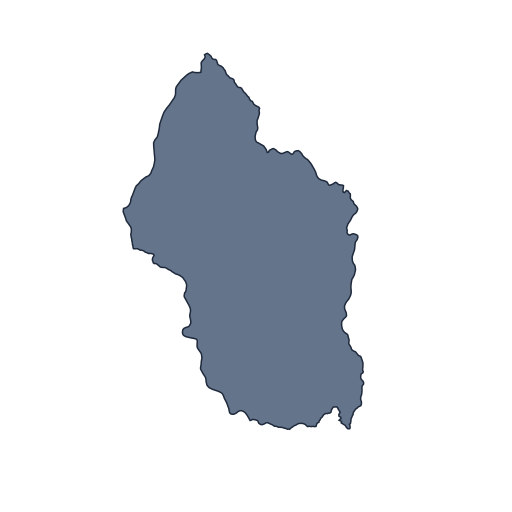 Tailândia, Pará, Brazil (Albers equal-area conic projection), rotated 146°
{"feature_id": "56859067B75953677181340", "entity_name": "Tailândia", "entity_type": "district", "adm_level": 2, "iso_a3": "BRA", "parent_name": "Brazil", "parent_adm1": "Pará", "projection": "albers", "projection_center": [-48.744, -2.903], "detail": "fine", "context": "isolated", "style": "filled", "palette": "slate", "viewbox_px": 512, "rotation_deg": 146, "n_neighbors": 0, "source": "geoboundaries", "source_scale": "gbopen_adm2", "svg_char_len": 6083}
<svg xmlns="http://www.w3.org/2000/svg" viewBox="0 0 512 512"><g transform="rotate(146 256 256)"><path d="M224.0,139.4L224.3,140.8L225.3,143.1L225.5,145.6L225.2,147.2L224.4,149.4L223.7,150.8L222.3,152.8L221.4,153.7L220.3,154.2L218.0,154.9L215.5,155.3L214.2,156.0L212.8,158.9L212.4,161.4L212.1,162.5L210.8,164.8L208.7,166.4L206.6,167.4L203.0,168.5L199.8,170.4L198.7,171.2L197.1,173.0L194.7,177.2L193.1,179.3L190.3,182.3L189.3,183.2L187.0,184.2L184.9,185.5L181.8,188.3L181.0,189.2L179.8,191.7L179.3,193.0L179.4,195.7L178.7,198.3L176.9,201.3L176.1,202.1L170.7,206.2L166.5,211.3L165.5,212.1L163.0,213.0L161.0,214.6L160.4,215.8L160.6,217.0L161.1,217.9L162.7,219.9L163.9,220.5L166.7,220.9L167.4,222.1L167.7,223.1L167.5,224.4L166.9,225.3L166.0,226.2L165.2,228.7L163.2,230.1L162.2,231.0L157.5,232.9L155.0,234.4L152.6,235.5L149.4,235.8L148.0,236.2L145.8,237.6L145.1,238.6L144.9,240.0L144.9,241.3L145.6,244.4L144.9,246.9L145.7,249.7L145.3,251.3L144.8,252.3L143.7,253.6L143.1,254.9L143.5,256.2L143.3,258.1L144.3,259.7L145.8,259.5L147.0,259.0L147.9,259.9L147.6,261.3L146.9,262.3L145.7,263.3L144.1,265.5L144.9,266.6L147.5,268.8L148.1,271.5L148.7,272.5L150.1,272.8L151.5,272.6L154.6,273.2L155.7,273.6L156.0,274.7L155.7,277.4L156.2,278.7L158.3,281.3L159.4,282.4L160.7,285.0L160.9,287.6L160.6,289.2L159.7,292.0L159.2,295.4L158.8,301.5L159.0,304.6L159.4,307.4L160.1,308.6L160.9,311.6L161.1,313.3L160.9,315.3L161.3,318.2L162.0,319.6L163.2,320.4L164.7,320.9L165.9,321.0L168.1,320.0L169.3,320.2L170.0,321.3L170.9,324.0L171.6,325.0L172.6,325.4L175.4,325.9L176.9,326.3L178.1,327.1L179.7,330.1L180.2,332.8L181.4,335.3L182.6,335.8L183.8,335.8L185.0,336.1L186.3,335.9L187.6,335.1L188.8,335.6L188.0,338.6L188.1,342.9L190.9,348.6L191.6,349.6L191.8,350.8L191.7,352.3L190.3,355.0L189.3,356.2L187.5,357.9L186.3,358.9L184.4,359.6L183.4,360.6L182.7,361.6L181.6,364.1L180.0,366.8L179.1,367.9L177.4,369.0L174.0,371.8L173.2,372.7L171.9,375.3L170.5,376.3L170.4,377.7L172.2,380.9L172.9,382.9L172.9,384.1L172.6,385.2L172.7,386.5L173.6,387.6L173.6,389.9L173.1,391.5L173.6,392.9L173.8,396.3L174.4,399.1L174.2,403.1L174.7,404.3L175.8,405.2L176.7,406.5L176.6,410.7L176.8,412.1L176.2,413.3L175.8,414.7L176.3,416.1L178.0,418.3L178.4,421.3L178.8,422.5L178.8,423.7L177.9,427.1L178.1,429.1L178.0,430.3L178.6,432.7L180.0,434.8L180.5,436.1L179.3,440.4L179.6,441.6L180.6,442.2L181.5,443.2L181.9,444.5L181.6,446.8L182.2,449.2L183.0,451.2L184.7,451.6L186.2,451.6L186.5,450.0L187.3,449.1L188.5,448.4L191.3,447.8L193.4,446.9L196.2,442.3L197.2,441.4L199.0,439.1L201.7,440.5L204.3,442.5L205.8,444.2L209.8,444.8L212.4,444.7L219.9,443.6L227.4,440.9L229.1,439.5L232.6,434.7L235.2,432.9L243.3,429.7L247.0,428.6L251.6,426.8L255.2,424.4L262.0,419.2L264.9,415.8L269.0,411.8L271.4,409.8L274.6,408.9L277.5,407.2L279.2,404.6L284.1,395.8L284.7,394.6L286.2,392.1L289.1,389.1L291.3,387.1L295.0,384.9L296.2,383.9L297.3,383.3L299.6,382.6L301.5,382.7L303.0,383.1L307.9,382.8L309.8,382.6L312.6,381.6L316.0,381.1L318.3,379.8L324.9,375.1L326.1,374.5L328.0,373.0L329.6,371.1L331.0,370.1L333.3,369.0L335.7,368.7L337.0,368.8L339.2,369.5L340.7,367.8L341.4,366.8L343.3,359.0L343.8,357.9L343.6,350.8L343.8,349.5L344.3,348.0L346.2,345.3L347.1,344.6L347.9,343.6L348.9,341.5L349.7,339.2L350.5,337.9L350.9,336.6L352.2,334.2L352.6,332.6L353.4,331.5L353.4,330.4L350.0,328.2L348.8,325.6L347.7,325.0L346.2,323.0L345.9,321.7L345.3,320.6L344.3,319.4L343.8,318.2L341.6,316.8L340.0,314.8L340.2,313.5L342.5,312.3L343.7,311.3L344.3,310.3L344.5,309.0L345.0,307.9L344.6,306.6L343.5,306.0L342.8,305.0L342.0,302.4L341.8,301.2L341.1,299.8L338.9,298.0L337.9,297.4L337.2,296.3L336.2,293.9L334.8,291.6L334.5,290.3L332.7,286.2L330.9,283.9L329.7,281.6L328.8,279.1L328.7,274.0L329.5,271.2L330.8,269.2L331.9,268.3L332.5,267.3L333.4,266.5L334.5,265.7L335.7,265.4L337.6,263.5L338.3,262.3L339.1,252.8L339.7,249.6L340.3,248.2L341.3,246.7L343.9,244.1L344.7,242.9L346.1,239.3L347.4,237.1L348.3,236.3L350.9,235.2L352.2,235.3L353.4,235.8L356.1,236.3L357.9,235.8L359.9,233.6L360.2,232.6L360.5,231.5L360.2,230.1L359.3,228.4L354.8,223.5L353.8,222.7L352.0,220.5L351.9,219.1L352.5,217.9L353.3,217.0L355.6,213.7L356.0,212.0L355.9,206.5L356.2,205.0L357.1,203.1L358.1,201.4L360.2,199.3L362.5,196.4L364.7,194.1L365.2,193.0L365.7,188.0L365.7,184.4L365.9,183.3L366.7,181.2L367.6,179.8L368.2,178.2L368.9,176.1L368.5,173.1L366.8,170.0L363.1,165.2L361.6,162.7L361.1,161.6L360.9,160.4L361.1,158.6L361.8,155.7L362.4,150.7L363.8,145.0L365.2,141.7L365.5,140.4L365.2,139.2L364.3,138.2L363.0,137.3L361.0,136.9L359.5,136.8L357.8,137.1L356.4,136.8L355.1,136.3L354.1,135.4L353.3,134.1L352.7,132.4L352.5,131.3L352.4,128.3L352.9,122.9L351.5,122.5L350.1,122.4L348.3,120.7L347.4,119.6L346.7,118.4L347.2,115.9L346.8,114.6L346.2,113.5L345.2,112.7L343.3,112.2L340.7,112.0L339.5,111.2L337.5,107.9L336.8,107.0L335.9,104.5L334.9,104.0L333.9,102.8L333.3,101.6L332.3,101.0L329.8,98.9L329.0,97.6L328.1,96.9L326.8,94.8L325.8,94.3L325.0,93.5L322.5,94.0L321.3,93.8L319.8,94.0L317.3,93.5L314.7,93.4L313.5,92.8L312.1,92.0L310.3,90.4L309.7,89.4L309.2,88.1L309.0,86.7L308.4,85.5L307.2,85.2L305.5,83.6L304.3,83.1L302.5,81.5L301.4,81.2L299.4,83.0L298.2,83.2L296.8,83.0L295.9,84.0L294.7,84.2L293.7,84.9L292.3,85.4L291.2,85.5L288.6,86.6L286.0,86.4L285.0,85.4L283.8,85.2L282.7,84.5L281.2,84.6L279.6,86.1L277.5,87.2L276.3,87.5L273.5,85.8L273.2,84.7L273.5,83.0L273.6,79.4L274.9,78.9L276.2,78.0L276.8,76.6L275.9,75.1L276.2,73.9L279.0,73.4L277.6,71.0L278.7,70.0L276.7,65.6L276.9,63.9L276.6,61.6L275.0,60.4L274.0,61.0L272.8,63.2L272.6,64.3L271.4,64.3L269.6,66.1L268.0,68.2L266.7,68.7L265.7,69.6L264.2,70.2L263.5,71.2L262.4,72.0L258.9,73.4L257.4,73.3L256.2,73.7L252.7,73.3L251.5,74.2L250.2,76.0L249.5,78.5L248.0,80.6L245.9,82.1L243.6,84.8L241.6,87.9L240.8,88.8L238.4,89.7L237.5,91.0L237.3,92.5L237.6,93.9L237.6,95.3L237.3,96.5L236.5,97.7L234.8,99.4L232.7,99.4L231.7,100.2L231.5,101.4L230.9,102.6L229.3,104.4L227.1,107.6L226.4,109.9L225.4,113.8L225.7,114.9L226.5,115.9L226.8,117.2L227.0,120.4L227.3,121.5L228.2,122.4L229.0,124.9L228.3,127.4L228.1,131.5L225.7,134.4L225.0,136.8L224.0,139.4Z" fill="#64748b" stroke="#1e293b" stroke-width="1.5"/></g></svg>